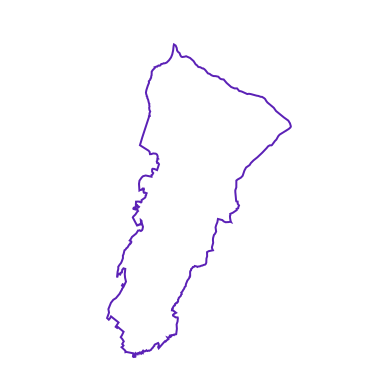 the district of Asuaju De Sus, Maramures, Romania, rotated 77°
{"feature_id": "2599482B13284448425950", "entity_name": "Asuaju De Sus", "entity_type": "district", "adm_level": 2, "iso_a3": "ROU", "parent_name": "Romania", "parent_adm1": "Maramures", "projection": "natural_earth1", "projection_center": [23.177, 47.572], "detail": "fine", "context": "isolated", "style": "outline", "palette": "violet", "viewbox_px": 384, "rotation_deg": 77, "n_neighbors": 0, "source": "geoboundaries", "source_scale": "gbopen_adm2", "svg_char_len": 6062}
<svg xmlns="http://www.w3.org/2000/svg" viewBox="0 0 384 384"><g transform="rotate(77 192 192)"><path d="M327.0,239.4L321.9,237.5L317.6,236.8L314.9,235.2L311.9,234.2L311.0,234.2L310.5,236.1L308.2,238.3L307.5,238.2L306.9,237.3L306.1,234.7L303.3,237.0L302.8,238.2L301.7,237.8L301.8,237.4L301.3,236.9L300.6,236.9L299.0,235.4L298.7,234.4L298.4,234.5L298.1,234.0L297.2,233.6L297.1,232.9L296.6,232.5L296.7,231.6L296.3,231.0L295.8,230.9L295.8,230.5L295.3,230.1L293.7,229.8L293.0,229.0L292.2,228.7L290.7,226.3L289.5,225.6L289.1,224.9L287.6,225.1L286.8,223.7L286.0,223.2L284.5,221.5L283.0,220.5L282.3,219.3L280.5,218.7L277.2,216.4L275.4,214.2L274.4,213.7L274.3,213.2L273.6,213.1L273.4,212.7L269.4,211.8L268.5,211.3L268.1,210.6L266.9,210.2L266.3,209.0L265.3,208.0L265.4,207.2L265.2,206.5L264.7,206.0L265.6,204.2L266.2,203.6L266.0,203.2L266.2,200.9L265.9,199.4L266.0,198.2L265.7,197.3L265.7,195.6L265.2,194.8L264.1,194.0L260.1,192.9L258.0,191.7L254.0,190.9L253.4,189.1L253.5,184.7L251.7,185.1L250.3,185.0L246.3,182.8L243.4,182.4L241.6,181.8L238.8,180.3L237.9,179.0L236.0,177.4L231.7,177.0L229.4,175.7L227.2,174.1L224.1,172.8L226.2,168.7L227.7,167.8L229.0,166.1L229.6,162.6L229.4,161.7L230.1,160.7L229.3,160.9L226.2,160.8L223.8,160.4L223.3,159.9L221.9,159.7L221.4,156.9L220.4,154.3L219.7,152.5L218.4,152.3L218.3,150.7L217.2,150.3L215.7,149.2L213.8,150.1L211.6,149.7L211.2,150.8L210.7,151.0L201.8,149.8L200.0,149.4L197.5,147.8L190.8,146.2L190.1,144.8L189.0,141.1L187.6,139.0L182.9,136.1L180.3,133.8L178.7,129.8L177.0,128.1L175.0,124.9L172.9,120.5L169.5,114.7L166.0,109.4L164.6,107.6L164.0,105.7L164.4,104.0L164.2,103.5L161.0,99.8L159.9,98.0L157.0,95.4L155.8,93.7L152.3,83.5L151.2,81.5L150.2,80.9L147.1,81.1L144.1,82.1L140.0,85.7L132.0,91.9L128.3,93.4L121.7,98.4L119.7,99.3L117.9,99.8L116.9,100.5L115.1,102.3L114.7,103.6L113.3,105.8L112.7,107.3L109.9,112.5L109.1,114.4L109.0,116.1L105.4,120.8L104.7,122.0L104.3,123.2L101.2,124.8L100.6,127.3L98.5,130.2L93.6,133.7L89.5,135.8L88.6,138.2L87.6,139.3L85.6,140.4L84.5,142.7L83.8,145.1L82.6,146.8L80.9,148.2L80.0,149.8L76.2,151.6L75.0,152.4L74.1,153.3L74.0,154.0L72.7,155.4L72.1,156.2L71.9,157.1L71.2,158.0L70.0,158.4L68.5,159.7L64.8,161.0L61.0,163.7L58.4,167.2L58.5,168.7L58.3,171.1L57.8,171.9L56.5,172.5L53.8,172.9L52.3,174.1L50.8,174.7L48.2,174.5L45.6,175.0L44.2,176.4L45.4,177.0L49.7,178.5L53.5,180.3L56.2,182.2L58.5,184.8L60.2,187.6L60.5,189.6L60.2,190.7L60.5,191.8L60.4,193.0L60.7,193.7L61.5,194.3L61.6,195.3L61.2,196.3L62.0,197.7L61.7,198.4L62.0,199.1L62.0,200.4L62.8,200.4L64.4,202.9L65.7,204.2L69.2,205.1L69.8,205.6L71.6,206.2L72.1,207.0L73.0,207.3L73.4,207.8L74.4,209.2L75.9,209.3L78.4,211.1L82.4,213.5L84.7,214.5L86.3,214.6L88.0,214.4L88.7,214.6L89.3,214.2L90.7,214.4L91.9,214.0L95.7,214.0L96.4,213.7L97.5,214.1L99.2,214.2L100.3,214.8L102.5,215.0L104.1,214.6L105.6,215.6L106.7,216.0L108.4,216.0L108.4,216.9L109.3,217.1L127.5,228.1L134.7,232.2L142.0,225.0L143.4,224.3L145.7,224.4L145.9,223.2L145.7,221.1L146.5,218.7L147.6,217.7L149.4,217.4L151.1,217.9L152.0,217.5L152.1,218.4L153.8,218.8L154.1,219.4L154.4,219.5L156.0,219.4L156.2,218.4L157.5,217.9L162.8,221.1L161.1,223.5L160.5,225.1L160.6,225.4L161.1,225.8L163.3,226.3L164.8,225.5L166.3,226.8L166.4,227.6L168.0,228.0L165.5,233.4L165.6,236.1L166.5,237.7L169.1,240.6L172.1,241.8L178.7,242.9L178.4,241.9L178.5,241.4L178.4,240.3L177.9,239.9L177.5,239.3L177.8,238.2L178.6,238.2L179.9,239.0L181.3,239.2L182.1,238.8L181.9,238.3L182.1,237.8L183.0,236.5L183.5,237.0L184.7,237.4L185.2,238.1L186.2,238.3L187.0,239.1L188.6,243.0L190.3,243.4L190.7,244.1L189.5,245.6L188.8,248.7L191.9,249.6L192.2,248.5L193.4,248.0L194.5,247.0L194.9,247.5L193.9,248.3L193.6,249.9L194.4,250.3L194.0,251.3L194.2,252.1L195.0,252.2L195.0,252.8L195.4,252.8L196.1,251.4L195.8,250.9L195.9,250.4L196.5,250.5L196.6,250.1L196.2,249.3L196.9,249.1L197.9,249.2L198.4,248.9L199.1,250.0L201.2,252.2L202.7,254.7L203.5,255.4L212.3,253.1L212.3,252.3L211.9,251.9L212.2,251.2L211.6,250.4L212.1,249.4L211.0,248.7L207.9,248.2L208.6,247.7L211.1,247.9L214.9,247.6L217.3,248.7L218.0,249.3L218.5,250.6L217.5,251.6L217.7,252.3L217.4,253.2L219.9,255.7L222.3,260.6L224.2,262.3L225.3,263.6L226.5,262.3L227.2,262.4L228.1,263.1L228.6,263.8L228.4,264.1L229.0,264.4L229.1,265.0L231.6,267.4L232.0,268.5L233.2,269.8L233.6,270.9L237.4,272.8L238.3,273.6L241.0,274.2L243.9,276.1L245.3,277.2L246.5,278.8L248.3,280.7L250.3,281.1L252.9,282.4L257.5,284.0L258.5,284.1L255.3,282.5L255.2,280.9L256.0,281.0L256.3,280.5L254.7,279.5L254.7,278.6L254.3,278.2L253.5,278.2L253.1,277.7L252.2,277.5L251.6,276.8L251.4,276.2L251.0,275.9L251.9,274.3L256.9,276.0L260.5,276.5L264.5,276.5L267.9,279.2L267.6,279.3L267.2,279.1L267.1,279.4L266.3,280.3L267.4,281.3L268.6,280.5L269.4,280.5L270.7,282.0L271.3,282.2L272.4,283.3L274.9,285.5L278.3,290.0L279.3,292.9L281.7,295.9L287.3,299.8L290.9,300.0L295.7,303.1L297.7,301.8L296.7,300.4L295.0,298.9L302.6,292.9L306.2,296.7L307.6,295.5L306.9,294.6L312.8,290.1L316.0,292.6L317.4,294.1L319.8,292.9L322.2,292.1L324.4,294.2L326.2,293.3L327.0,294.4L327.4,295.5L331.3,292.9L331.8,292.7L333.1,292.9L333.1,292.6L332.4,292.4L333.1,291.9L336.0,285.4L339.8,286.8L339.3,286.3L339.7,285.9L339.7,285.5L339.0,285.4L338.9,284.8L339.2,284.5L337.8,284.3L336.8,283.5L337.6,283.3L336.7,282.9L337.2,282.4L337.1,281.8L337.9,281.3L337.7,281.1L337.3,281.4L336.8,280.8L336.9,280.2L336.6,279.2L337.5,279.0L337.2,278.7L337.6,278.2L337.5,277.8L338.0,277.5L337.5,277.0L337.7,276.6L337.2,276.7L337.4,276.3L336.5,276.3L336.0,275.8L336.7,275.5L336.3,275.1L336.7,274.9L336.6,274.6L336.3,274.5L336.7,274.2L336.6,273.2L336.0,272.1L336.5,271.9L336.9,271.3L336.7,270.1L337.1,269.5L336.6,267.5L335.4,266.2L335.0,265.3L333.7,264.0L333.5,263.4L332.8,263.1L332.3,262.6L331.5,259.0L332.4,258.7L333.9,258.8L335.5,259.9L336.8,259.6L332.1,253.1L331.3,251.8L331.8,251.5L331.6,251.0L330.8,250.0L330.1,248.1L328.4,248.6L328.9,247.9L328.5,246.1L327.8,246.5L327.4,245.8L326.9,245.8L326.9,244.8L327.4,244.8L327.7,244.4L326.9,243.6L327.2,242.4L327.0,242.1L327.2,241.8L327.0,241.7L326.9,240.6L327.1,239.8L327.0,239.4Z" fill="none" stroke="#5b21b6" stroke-width="2"/></g></svg>